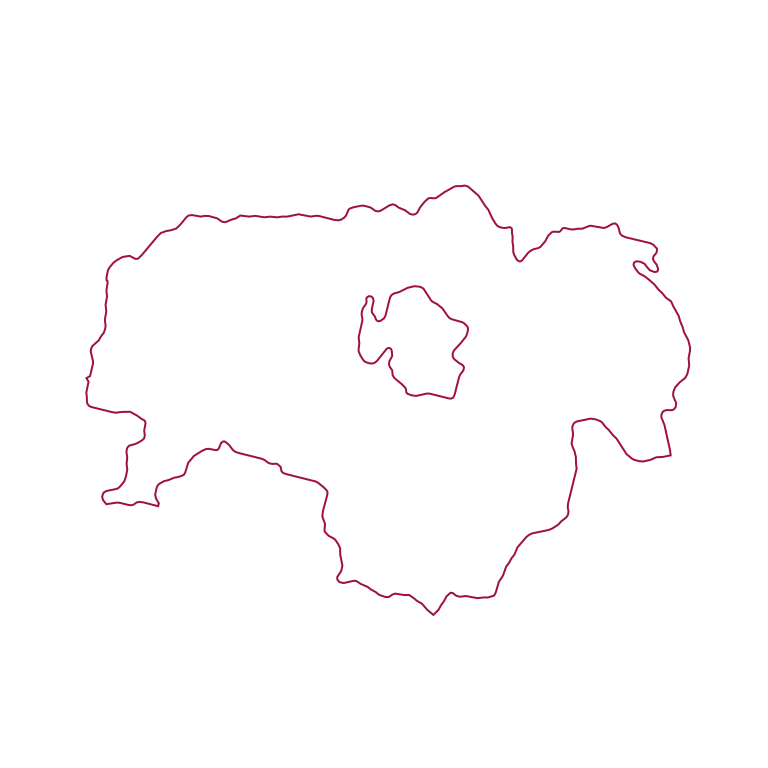 the district of San Juan de la Maguana, San Juan, Dominican Republic, rotated 284°
{"feature_id": "3306468B55528819950271", "entity_name": "San Juan de la Maguana", "entity_type": "district", "adm_level": 2, "iso_a3": "DOM", "parent_name": "Dominican Republic", "parent_adm1": "San Juan", "projection": "albers", "projection_center": [-71.221, 18.893], "detail": "fine", "context": "isolated", "style": "outline", "palette": "rose", "viewbox_px": 768, "rotation_deg": 284, "n_neighbors": 0, "source": "geoboundaries", "source_scale": "gbopen_adm2", "svg_char_len": 6139}
<svg xmlns="http://www.w3.org/2000/svg" viewBox="0 0 768 768"><g transform="rotate(284 384 384)"><path d="M584.8,583.2L585.5,579.2L586.5,577.4L587.9,576.1L591.5,574.4L593.8,572.7L595.1,571.2L595.7,569.3L594.7,567.0L589.9,561.9L588.5,559.4L587.6,546.4L586.7,544.4L582.8,539.1L581.3,533.8L579.7,530.3L579.2,527.5L579.1,521.6L578.7,520.5L578.1,519.6L574.6,517.9L573.9,517.1L572.8,511.6L571.8,510.0L567.6,507.4L561.5,505.9L555.0,502.7L553.2,500.8L551.0,496.6L548.5,493.8L546.1,492.1L537.2,488.0L536.0,486.7L535.7,485.5L536.2,483.7L537.0,482.6L540.6,479.2L543.0,477.6L549.0,476.0L553.2,474.2L558.0,473.2L561.6,471.6L565.1,470.7L566.1,470.0L566.5,468.9L566.5,467.7L564.7,464.0L564.2,461.2L564.3,457.6L565.0,455.5L566.8,453.1L571.7,448.3L578.2,443.2L581.3,439.1L589.5,430.3L595.9,417.8L596.1,414.5L594.5,410.4L593.5,406.4L592.5,404.4L584.5,396.0L577.0,389.5L576.3,387.8L575.6,383.5L574.6,381.9L570.5,379.2L564.4,376.4L558.5,374.9L556.9,373.8L555.7,372.2L555.2,370.1L555.3,368.0L557.6,362.6L558.7,355.6L560.4,351.5L560.4,348.8L558.4,345.8L551.4,338.9L550.0,336.5L549.9,333.8L552.0,328.3L552.2,322.0L551.6,319.0L548.2,311.8L546.2,308.7L544.8,307.5L538.3,306.4L535.7,305.1L533.0,302.5L531.7,299.9L531.2,296.0L531.3,280.2L530.7,277.2L528.7,272.3L528.0,260.0L523.1,249.8L521.7,244.4L519.9,240.2L518.9,233.2L516.8,227.5L516.0,218.3L513.8,212.7L512.7,203.8L508.9,200.3L506.5,196.1L503.4,192.1L502.4,190.2L502.3,187.5L504.4,182.0L504.6,173.5L503.9,169.8L502.1,165.6L501.5,157.0L500.3,153.8L498.4,152.1L489.3,147.8L484.6,144.8L481.6,140.0L479.7,135.7L476.6,131.0L471.7,128.1L450.7,117.9L446.5,115.3L445.7,114.3L445.3,112.4L446.8,106.1L444.0,99.6L439.4,94.7L436.1,92.1L430.8,89.5L427.1,88.6L420.1,89.0L417.4,89.8L417.1,90.7L415.7,91.3L407.7,92.0L401.9,94.1L393.5,94.7L387.1,97.0L378.7,97.6L373.8,99.6L370.7,100.1L366.1,99.8L361.8,97.9L357.2,96.6L350.7,92.1L348.0,91.3L344.5,91.6L335.8,96.1L333.8,96.7L320.6,96.9L317.7,93.9L314.7,96.8L303.8,97.2L299.5,98.8L294.3,100.2L292.4,101.7L291.5,103.0L290.9,105.3L290.9,125.6L291.2,130.6L293.5,136.4L295.6,144.4L293.5,152.4L291.7,156.6L290.7,160.2L290.0,161.2L288.2,162.1L280.8,162.6L276.0,164.4L273.3,164.4L270.7,162.8L267.5,159.5L265.6,157.1L262.6,151.8L261.0,150.7L258.9,150.2L255.5,150.6L250.7,152.6L244.4,153.5L238.8,155.6L231.9,156.0L226.6,155.5L220.5,152.6L218.4,151.1L217.3,149.5L213.0,140.5L211.2,138.6L209.3,137.9L206.5,137.8L203.4,139.4L200.2,143.7L204.4,153.7L204.8,157.0L204.8,165.4L205.3,168.4L206.3,170.1L209.2,172.6L210.5,175.4L210.9,179.4L210.8,194.4L213.7,194.4L218.0,190.3L221.4,188.7L228.3,188.5L230.6,188.9L232.6,189.9L236.6,194.2L238.5,197.9L242.4,203.3L244.4,207.6L247.2,211.6L249.7,212.5L260.2,213.1L268.2,217.0L275.1,223.6L278.0,227.3L278.8,230.2L279.1,236.9L280.0,238.6L281.7,239.4L287.4,240.2L289.2,241.7L289.7,242.8L289.3,244.5L287.4,248.4L283.3,253.5L282.2,256.3L281.9,260.1L281.9,283.3L281.4,286.3L279.6,290.6L279.3,292.6L279.5,295.3L280.4,298.1L280.6,299.8L278.5,303.8L274.5,305.7L273.2,307.8L272.9,311.6L272.9,341.4L272.1,344.2L269.3,350.2L267.1,353.9L265.7,355.2L263.0,355.8L245.8,355.5L240.6,356.2L234.0,360.6L228.0,361.6L226.3,362.3L223.3,367.0L222.0,372.3L221.1,374.3L217.5,378.4L213.9,381.2L207.9,382.8L197.7,387.6L192.0,387.7L185.4,385.3L182.9,386.1L181.0,388.8L181.1,393.0L185.8,402.4L186.1,405.0L184.4,409.7L183.1,417.4L181.5,420.9L180.1,426.3L178.2,430.5L177.7,436.9L178.4,440.1L181.9,443.3L183.3,445.5L184.1,454.7L185.4,459.4L183.5,464.5L181.5,468.6L180.0,474.0L175.4,480.5L171.9,487.8L178.0,491.5L183.4,492.9L187.6,494.7L193.0,496.0L197.5,499.0L197.8,501.3L196.1,505.1L195.9,507.8L196.2,509.9L198.1,514.8L198.8,526.4L200.9,532.0L202.1,536.7L205.4,542.1L209.1,542.9L219.8,543.3L226.9,545.8L236.2,546.7L240.4,548.5L245.8,549.9L250.0,551.8L257.7,553.0L269.6,558.9L272.5,561.1L274.9,563.9L282.2,579.1L284.5,582.2L289.6,587.0L293.9,589.4L298.5,593.0L301.1,594.1L304.6,594.0L308.8,592.1L312.4,591.5L348.4,591.4L353.4,589.5L359.4,587.9L364.7,585.2L369.9,581.3L371.9,580.4L381.2,579.6L386.0,577.6L388.1,577.1L390.8,577.4L392.6,578.3L394.4,580.3L400.4,592.9L400.9,598.0L400.3,603.0L399.4,605.0L395.8,609.5L393.8,613.2L389.8,618.4L387.4,622.7L374.8,636.1L371.5,642.7L370.9,645.5L370.9,650.6L371.5,654.2L374.8,660.8L378.8,666.0L380.6,672.0L384.1,679.4L389.1,677.5L412.3,665.9L418.7,661.2L421.5,660.6L424.3,661.2L425.9,662.4L427.1,664.7L428.3,669.9L429.6,671.4L432.0,672.6L436.2,672.1L442.0,667.7L444.0,667.0L446.8,666.7L451.1,667.3L457.0,670.4L462.8,674.8L467.0,675.9L475.7,675.7L482.7,673.3L489.9,672.9L493.3,672.2L499.9,668.8L506.9,662.5L511.2,660.2L516.4,656.3L521.3,653.5L529.5,645.8L533.6,642.6L536.0,636.6L539.5,632.0L541.9,627.7L545.9,622.4L549.0,616.5L551.5,611.1L552.8,605.8L553.7,603.8L556.9,599.9L559.9,597.3L561.9,597.2L563.4,598.2L564.3,599.9L564.6,603.4L563.7,607.6L559.7,612.8L558.6,614.7L558.1,619.5L559.1,621.8L560.9,622.4L562.6,621.8L566.0,619.4L568.5,616.1L570.5,614.7L573.1,614.6L576.4,616.3L578.3,616.7L581.4,616.1L584.1,612.0L585.1,608.6L584.8,583.2ZM456.8,347.0L459.3,347.3L462.4,346.2L464.0,346.5L465.7,348.3L465.7,351.0L464.5,352.6L462.2,353.8L453.5,354.1L451.5,354.6L450.1,355.4L447.2,358.9L444.9,360.4L443.8,361.7L443.5,363.6L444.4,365.3L447.7,368.1L450.6,368.9L468.1,368.9L470.3,369.1L472.3,369.9L474.2,371.7L476.8,376.4L483.0,383.6L486.1,389.5L487.0,394.4L486.9,396.6L486.0,399.3L476.3,409.7L475.4,411.7L474.3,416.4L471.5,422.4L465.3,429.4L463.7,431.8L463.2,434.7L462.9,444.7L462.4,446.8L460.5,450.1L459.4,451.5L457.5,452.3L453.8,452.5L450.0,452.1L442.5,448.7L433.9,444.0L431.9,443.4L429.8,443.3L427.0,444.2L425.3,445.8L422.5,451.7L421.3,456.0L419.5,457.6L416.3,457.7L412.3,455.9L409.2,455.2L390.9,455.1L387.4,454.4L386.1,452.7L385.7,450.6L385.7,430.4L385.0,427.7L380.2,418.1L379.7,413.5L380.2,409.2L381.3,407.7L384.4,406.5L385.7,405.3L388.0,401.6L392.3,392.6L394.6,390.3L399.3,388.6L401.9,385.6L404.0,384.2L407.4,383.7L413.2,385.2L418.3,383.4L419.7,382.3L420.2,381.2L420.0,379.4L418.8,378.1L404.5,371.5L401.9,369.4L400.8,366.9L400.5,364.1L400.9,360.5L401.9,358.5L405.6,354.5L409.2,351.7L411.2,351.0L417.6,350.2L423.2,348.1L440.0,347.7L442.0,347.3L446.2,345.4L449.7,345.0L453.3,345.5L456.8,347.0Z" fill="none" stroke="#9f1239" stroke-width="2"/></g></svg>